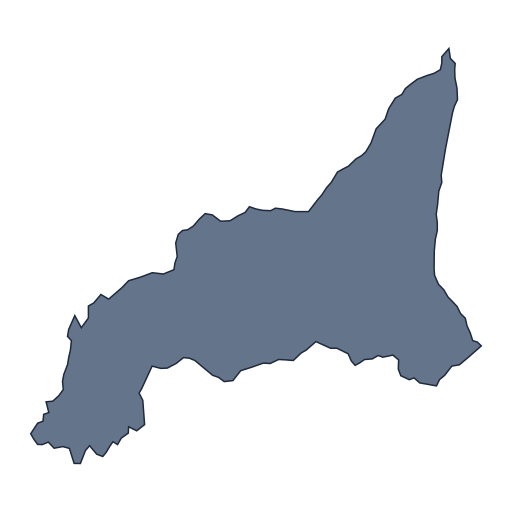 Buritinópolis, Goiás, Brazil (Equal Earth projection)
{"feature_id": "56859067B12630589469330", "entity_name": "Buritinópolis", "entity_type": "district", "adm_level": 2, "iso_a3": "BRA", "parent_name": "Brazil", "parent_adm1": "Goiás", "projection": "equal_earth", "projection_center": [-46.305, -14.393], "detail": "fine", "context": "isolated", "style": "filled", "palette": "slate", "viewbox_px": 512, "rotation_deg": 0, "n_neighbors": 0, "source": "geoboundaries", "source_scale": "gbopen_adm2", "svg_char_len": 2275}
<svg xmlns="http://www.w3.org/2000/svg" viewBox="0 0 512 512"><path d="M128.3,433.1L128.6,426.8L136.7,430.8L144.6,424.6L142.8,400.4L139.1,393.1L141.9,388.2L152.1,366.1L160.8,368.4L167.3,368.1L176.1,363.5L183.5,357.6L189.4,358.2L194.9,360.5L212.6,375.3L218.4,377.3L224.2,381.6L232.9,380.6L240.7,370.7L252.0,367.1L263.3,363.1L270.2,363.5L278.6,359.5L286.2,359.9L293.3,360.5L301.3,352.9L306.3,350.0L315.9,341.6L330.4,348.2L337.0,348.3L348.2,353.8L351.2,360.8L355.1,365.4L359.3,363.1L364.6,359.5L372.3,358.9L378.2,355.5L382.8,357.2L392.9,355.1L398.6,359.9L398.3,369.1L400.8,375.7L409.3,379.7L414.1,377.9L419.7,382.9L430.4,384.8L436.5,385.9L439.5,379.6L444.7,375.3L451.8,366.1L459.4,364.8L468.9,356.8L481.3,345.9L477.3,342.0L472.7,340.6L470.2,332.8L467.0,325.8L465.3,318.2L460.6,313.6L457.0,306.4L452.3,301.4L447.9,296.9L443.9,289.9L438.5,284.3L434.6,275.4L434.1,269.1L434.2,257.5L434.3,250.8L435.4,239.0L437.3,230.5L437.3,222.5L436.2,214.3L437.6,204.6L438.8,191.1L441.8,182.5L441.2,175.3L445.5,148.9L452.6,112.5L454.5,106.0L457.5,99.7L457.0,88.2L455.0,78.2L454.7,69.7L455.2,63.4L450.4,58.5L448.9,48.5L445.5,52.4L441.8,56.7L441.8,63.1L440.3,69.7L433.7,73.5L426.8,75.6L417.4,79.2L410.8,84.1L405.4,88.5L401.9,94.4L395.3,98.1L388.7,108.7L385.1,119.2L376.2,128.7L371.0,143.0L365.7,151.9L361.5,155.7L356.1,158.8L348.3,166.3L344.1,168.4L337.5,172.0L331.3,182.3L326.7,187.5L321.8,194.9L317.9,199.4L308.5,211.6L295.0,211.6L282.3,209.0L275.4,208.2L270.6,210.7L262.3,210.3L255.7,208.9L249.4,206.7L245.2,212.4L238.0,215.8L230.0,220.8L220.6,221.2L212.3,214.9L205.2,213.6L199.6,218.8L193.3,226.1L187.5,229.8L182.5,230.5L178.3,234.3L175.7,243.0L177.2,256.5L175.0,262.8L173.9,269.7L163.4,274.0L152.3,272.7L140.6,277.1L128.6,280.7L122.0,287.6L108.7,299.1L100.9,294.5L93.7,303.0L88.4,306.0L88.4,318.0L81.3,327.7L74.8,315.6L68.7,329.4L67.5,336.4L71.4,340.6L70.4,350.2L68.8,356.9L67.5,364.8L63.8,374.4L62.5,381.4L63.3,389.5L58.7,395.8L52.7,401.2L46.1,401.8L48.8,412.6L43.7,414.3L43.0,421.2L37.6,423.2L34.6,427.8L30.7,433.8L33.7,439.0L37.6,444.4L42.2,444.6L48.3,442.1L54.1,448.2L62.8,446.6L69.4,448.4L74.1,463.4L80.4,463.5L85.4,450.6L89.6,445.7L96.7,454.2L102.8,456.5L106.3,452.2L109.9,446.1L113.0,441.7L117.5,444.6L121.3,438.1L128.3,433.1Z" fill="#64748b" stroke="#1e293b" stroke-width="1.5"/></svg>